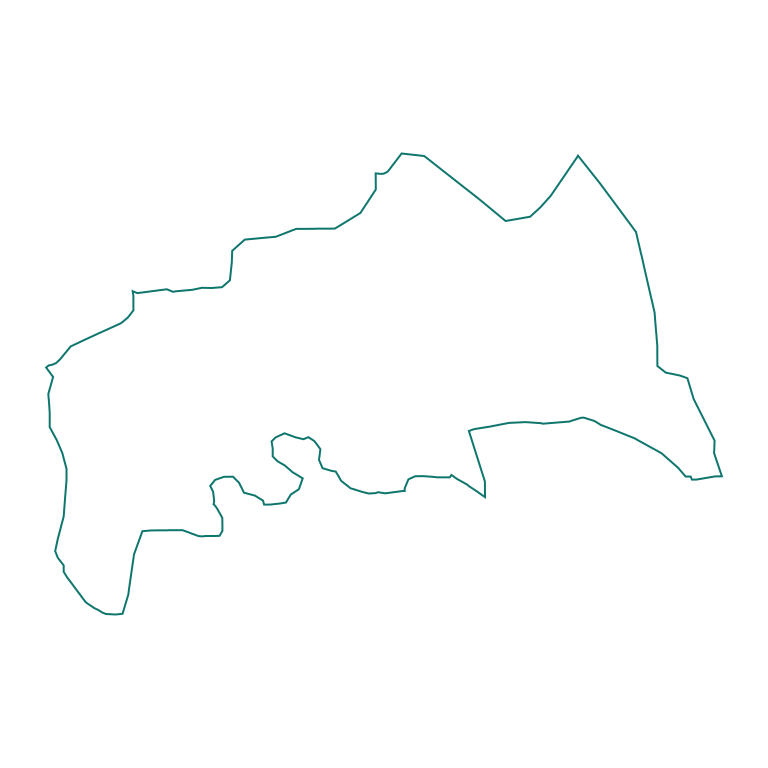 Al Jabin, Raymah, Yemen
{"feature_id": "15242507B10739648902482", "entity_name": "Al Jabin", "entity_type": "district", "adm_level": 2, "iso_a3": "YEM", "parent_name": "Yemen", "parent_adm1": "Raymah", "projection": "mercator", "projection_center": [43.599, 14.69], "detail": "fine", "context": "isolated", "style": "outline", "palette": "teal", "viewbox_px": 768, "rotation_deg": 0, "n_neighbors": 0, "source": "geoboundaries", "source_scale": "gbopen_adm2", "svg_char_len": 4044}
<svg xmlns="http://www.w3.org/2000/svg" viewBox="0 0 768 768"><path d="M46.1,367.5L53.1,376.9L50.6,385.8L48.3,394.0L49.0,402.2L49.3,406.5L49.6,411.3L49.7,412.7L49.7,427.1L56.7,440.0L62.3,453.0L66.5,468.8L66.5,472.5L66.5,474.3L66.5,480.4L65.1,497.7L63.7,516.4L57.8,538.9L55.2,551.1L57.8,557.8L63.7,565.4L63.7,566.9L63.7,571.8L67.2,577.5L68.3,578.9L72.0,583.8L78.5,592.6L81.5,596.5L81.6,596.8L85.5,601.9L86.9,603.1L94.3,608.1L98.1,609.9L102.4,612.6L106.0,614.0L115.6,614.5L122.5,613.8L122.9,612.6L124.1,608.6L124.3,607.9L128.3,594.6L128.9,589.9L130.7,577.4L133.7,556.6L134.0,554.5L134.2,553.9L136.9,546.4L137.0,546.1L142.4,531.2L143.6,531.1L151.7,530.4L152.1,530.4L167.7,530.3L169.2,530.2L174.9,530.2L182.6,530.2L186.2,531.5L197.7,535.8L197.9,535.8L198.6,536.1L202.2,536.4L205.4,536.0L211.5,536.0L213.7,536.0L218.3,535.9L219.5,535.9L222.4,530.9L222.4,527.2L222.4,524.9L222.3,517.9L217.3,508.9L215.4,506.1L215.3,505.9L213.6,504.3L214.2,501.3L213.1,491.7L210.4,486.3L210.2,485.9L210.4,485.7L215.1,479.9L216.8,479.3L224.0,476.8L224.5,476.8L233.0,476.7L236.5,480.2L239.0,482.7L241.8,488.2L242.0,488.7L244.0,492.7L251.5,494.7L252.3,494.9L255.0,495.6L255.4,495.9L257.5,497.2L263.0,500.6L264.1,504.6L269.1,504.6L271.0,504.5L277.0,503.8L277.8,503.8L280.0,503.5L281.8,503.2L282.5,503.1L286.0,502.5L287.3,500.3L287.6,499.8L290.9,494.4L291.1,494.3L298.8,489.3L298.9,489.2L301.0,483.2L301.3,482.3L302.7,478.3L292.7,472.3L292.4,472.1L289.4,469.4L289.0,469.1L285.5,466.1L284.7,465.4L282.1,463.9L277.7,461.4L272.7,456.4L272.7,456.1L272.7,448.4L272.3,446.1L271.6,441.4L275.6,437.4L279.5,435.6L280.4,435.2L283.3,433.9L284.2,433.5L284.5,433.3L295.5,437.3L303.4,439.2L308.4,437.2L312.3,439.7L314.4,441.1L317.5,445.2L320.4,449.2L319.5,456.1L319.0,459.9L322.6,468.2L332.0,471.0L335.7,471.5L338.8,476.6L341.1,480.8L345.3,484.1L350.6,488.3L355.3,489.7L361.9,491.8L368.6,493.5L368.8,493.5L372.9,493.3L375.6,493.1L378.1,492.2L380.0,492.5L381.1,492.7L385.4,493.3L393.0,492.3L394.5,492.1L403.6,490.9L404.7,491.0L404.7,488.3L408.4,479.4L409.0,479.1L412.4,477.5L415.3,476.2L421.5,476.2L423.4,476.1L424.1,476.2L430.9,476.7L431.5,476.7L437.2,477.3L443.5,477.3L449.8,477.3L451.4,475.0L457.3,479.1L463.6,482.6L464.8,483.3L467.4,484.7L468.6,485.9L478.1,492.2L481.5,494.7L485.0,497.1L485.0,495.3L484.9,481.5L468.9,431.0L474.2,429.1L489.3,426.7L509.0,422.9L525.5,422.1L541.1,423.2L542.9,423.7L552.7,422.9L568.6,421.6L569.1,421.7L571.1,420.9L576.3,419.3L580.5,417.9L583.7,417.6L591.0,419.9L594.4,421.0L596.5,422.2L601.2,425.2L601.9,425.3L612.6,429.5L613.5,429.9L615.7,430.7L627.5,435.5L634.6,438.3L638.6,440.6L661.6,453.3L678.0,467.7L682.4,472.8L685.6,476.5L690.6,476.5L691.9,479.6L696.3,479.6L715.1,476.4L721.9,476.3L715.3,456.8L714.1,453.1L714.6,440.7L693.7,399.1L687.4,378.2L679.8,375.5L665.7,372.6L657.4,366.0L657.3,354.2L657.3,345.9L656.8,340.0L656.7,338.8L656.5,336.3L656.4,334.4L656.2,332.9L655.5,324.5L655.1,319.4L654.6,312.6L654.5,312.2L652.5,303.4L650.9,296.6L645.4,272.7L644.9,270.6L641.7,256.2L640.9,253.2L636.1,232.4L636.1,232.0L635.4,231.2L629.1,222.6L599.7,183.0L578.0,155.7L577.1,157.2L550.8,195.7L540.6,207.1L530.5,216.4L530.2,216.7L520.6,218.4L511.8,219.9L505.6,221.0L505.0,220.5L495.3,212.5L483.1,202.4L478.1,198.3L477.6,197.9L463.0,186.5L424.7,156.4L424.2,156.0L401.6,153.5L388.3,170.9L387.0,172.1L383.6,173.7L381.0,173.9L377.1,173.5L375.7,173.4L375.8,189.5L367.5,202.2L361.1,211.9L360.5,212.9L350.9,218.8L349.0,220.0L348.5,220.3L334.8,228.6L332.2,228.6L329.1,228.7L326.9,228.7L316.7,228.7L314.2,228.8L296.2,228.9L291.4,230.7L275.7,236.8L268.5,237.4L257.6,238.4L244.8,239.6L234.1,249.1L232.2,250.8L231.8,262.5L229.9,280.3L222.0,287.2L211.5,288.0L201.9,287.8L192.4,289.8L175.7,291.3L173.4,291.8L173.0,291.8L170.1,290.6L169.4,290.3L167.3,289.5L166.8,289.3L161.9,289.9L152.1,291.2L145.2,292.1L137.3,293.1L132.7,291.2L133.4,296.0L133.4,304.6L133.4,310.4L127.8,317.6L122.5,322.0L120.8,323.3L101.0,332.3L98.5,333.4L86.0,339.2L80.0,342.0L79.4,342.3L70.7,346.4L60.0,359.4L55.9,363.2L51.9,364.8L48.8,365.4L46.1,367.5Z" fill="none" stroke="#0f766e" stroke-width="2"/></svg>